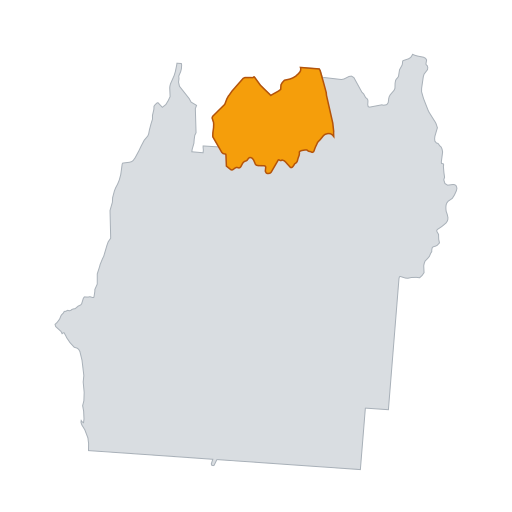 Sudan, with South Kordufan highlighted, rotated 184°
{"feature_id": "SDN-882", "entity_name": "South Kordufan", "entity_type": "State", "adm_level": 1, "iso_a3": "SDN", "parent_name": "Sudan", "parent_adm1": "", "projection": "equal_earth", "projection_center": [29.886, 11.03], "detail": "fine", "context": "in_parent", "style": "filled", "palette": "amber", "viewbox_px": 512, "rotation_deg": 184, "n_neighbors": 0, "source": "natural_earth", "source_scale": "10m", "svg_char_len": 5825}
<svg xmlns="http://www.w3.org/2000/svg" viewBox="0 0 512 512"><g transform="rotate(184 256 256)"><path d="M348.3,442.8L343.9,442.8L343.5,441.4L343.5,437.6L344.0,434.7L345.6,430.1L345.2,427.6L345.4,424.0L344.2,420.0L333.6,408.3L331.5,405.0L325.8,402.1L326.8,398.8L324.4,374.8L325.5,372.1L325.8,367.9L325.8,364.2L327.1,358.1L327.3,355.5L316.0,355.3L315.9,358.0L316.4,360.9L316.4,362.1L300.8,362.2L307.1,371.5L307.4,375.6L307.1,380.8L307.1,384.1L307.5,386.2L309.2,390.4L309.1,391.2L308.7,392.2L297.6,404.7L295.8,410.5L294.3,413.6L291.1,418.7L281.0,432.1L279.3,433.0L271.6,433.5L270.9,433.8L270.3,434.4L269.9,434.3L263.3,426.4L252.2,416.9L244.8,421.9L242.8,423.7L242.8,428.2L241.7,430.6L239.7,433.1L234.2,434.7L231.4,436.1L228.0,438.6L224.7,442.9L224.5,445.2L224.8,447.1L206.1,447.1L204.8,445.5L202.1,438.4L200.2,438.8L183.1,438.0L180.6,438.7L175.7,441.6L173.3,442.1L170.8,440.8L161.8,426.8L159.9,425.2L157.8,421.8L155.9,420.4L155.3,419.3L155.1,417.8L155.1,414.8L154.5,412.8L153.1,412.4L141.0,415.6L139.3,415.3L136.7,415.9L135.9,416.4L134.8,418.3L134.6,422.1L134.3,424.0L133.4,426.1L129.9,430.8L129.1,432.9L129.3,438.1L129.0,440.8L128.5,442.0L127.0,444.0L126.4,445.1L125.8,451.8L123.9,455.9L123.4,457.3L123.3,460.2L123.0,461.1L117.5,463.4L115.5,464.9L114.2,467.2L113.9,468.1L111.5,467.3L108.6,466.7L102.8,466.0L100.6,465.0L99.5,463.4L99.9,459.3L99.3,458.4L98.4,457.7L97.8,456.0L97.9,453.9L101.0,449.2L101.6,446.7L102.5,434.9L102.3,431.4L99.9,424.8L94.5,413.4L93.2,411.2L86.4,401.9L85.6,400.5L84.0,396.6L85.9,387.9L86.0,385.6L85.6,383.1L83.9,381.3L82.3,381.0L80.3,378.7L79.0,377.7L77.9,375.7L77.1,372.8L77.7,362.7L77.4,361.3L75.6,361.0L75.2,360.2L75.3,358.3L74.4,352.5L73.4,347.7L74.0,345.1L72.6,341.5L69.8,340.0L64.3,341.1L62.6,340.9L61.5,340.3L60.7,338.9L60.3,337.4L60.7,335.0L62.3,330.7L64.2,327.2L68.2,324.0L69.3,322.3L69.9,320.4L70.0,318.2L69.8,315.9L69.4,313.8L68.2,311.0L67.2,307.7L67.2,305.6L67.7,304.0L68.8,302.1L72.8,298.3L76.8,295.2L77.5,294.2L77.2,292.9L75.4,290.3L74.9,285.4L73.9,281.9L76.0,279.3L77.5,278.4L79.8,277.6L80.8,276.5L81.1,274.4L81.0,272.5L81.9,271.0L83.0,267.8L83.9,266.4L87.0,262.7L87.7,260.3L88.0,258.0L87.2,251.1L89.0,248.1L91.3,245.7L94.5,245.9L99.5,245.4L102.9,244.4L105.3,244.4L110.9,245.7L111.5,245.1L111.8,243.3L113.2,111.9L136.0,111.9L136.3,111.7L137.0,50.2L279.8,50.2L280.9,50.0L283.2,44.3L284.1,43.9L285.6,44.2L286.1,45.5L284.9,50.2L409.5,50.2L409.9,57.2L411.0,62.8L414.7,70.8L417.8,75.1L418.9,77.5L419.0,78.6L418.9,79.7L418.0,78.5L416.4,77.7L416.2,81.4L417.1,89.1L418.5,94.6L417.6,99.6L417.9,108.0L419.6,118.2L419.4,124.7L422.3,139.9L425.0,148.4L426.4,150.5L428.0,151.6L431.0,152.3L435.5,156.6L439.1,161.2L440.4,163.5L442.2,166.1L443.3,165.7L444.0,165.0L445.2,167.1L450.9,171.6L451.7,173.8L449.8,175.8L447.5,179.4L446.4,182.7L445.8,183.8L444.0,185.9L443.7,186.9L442.9,187.5L442.0,187.5L440.1,188.7L438.4,188.3L436.7,189.0L436.1,189.7L434.7,190.4L432.8,190.8L429.9,193.6L427.4,195.0L426.6,196.1L425.3,201.7L424.4,203.2L420.6,203.3L418.8,203.8L416.2,203.2L415.0,203.3L414.7,204.5L414.3,209.3L414.4,211.4L412.4,216.9L413.1,227.1L411.2,234.8L410.9,236.6L408.9,242.7L407.9,245.0L405.4,256.4L404.4,259.9L402.2,263.6L404.8,291.2L403.0,299.6L403.1,304.2L401.8,311.0L400.8,314.2L399.1,318.0L397.7,322.2L396.6,327.8L395.9,338.4L395.4,339.4L388.7,340.7L386.6,341.5L385.2,342.7L383.5,345.4L380.1,352.9L378.3,357.5L375.6,363.7L372.3,368.2L371.6,370.3L371.1,374.4L369.9,380.7L368.8,385.3L369.1,388.9L368.1,395.2L368.2,398.3L367.1,400.0L365.5,401.7L364.5,402.1L359.8,397.8L356.5,400.8L354.4,404.9L352.8,409.0L353.8,417.8L353.7,419.7L353.3,421.8L350.2,430.4L349.3,434.3L348.4,441.2L348.3,442.8Z" fill="#d9dde1" stroke="#a8b0b8" stroke-width="1"/><path d="M301.0,362.4L307.2,371.6L307.3,371.8L307.4,372.3L307.5,372.6L307.6,375.9L307.3,381.0L307.4,384.3L307.7,386.4L309.4,390.6L309.3,391.4L308.9,392.4L303.4,398.7L297.9,404.9L297.6,405.5L296.0,410.8L294.6,413.8L293.9,414.7L291.4,418.9L286.3,425.6L281.2,432.3L279.6,433.2L274.5,433.6L271.9,433.7L271.6,433.8L271.1,434.0L270.8,434.4L270.5,434.6L270.2,434.5L269.8,434.1L263.5,426.6L258.0,421.9L252.4,417.2L251.4,418.0L245.1,422.1L243.8,423.2L243.0,423.9L243.0,428.5L241.9,430.8L239.9,433.3L234.5,434.9L231.6,436.3L228.7,438.3L228.3,438.9L226.5,440.7L225.0,442.7L224.5,443.9L224.4,445.3L224.5,446.4L224.8,447.2L215.4,447.1L206.0,447.0L204.9,445.3L202.5,438.6L200.8,433.9L197.3,423.8L196.9,421.2L188.7,394.0L187.2,385.7L187.2,384.2L186.8,380.6L188.2,382.1L190.3,383.2L192.7,383.2L194.2,382.7L195.5,382.2L196.7,381.2L197.6,380.1L198.6,378.6L200.2,376.4L201.5,374.9L202.5,373.6L203.3,371.4L204.3,368.9L205.0,366.6L205.3,365.4L205.8,364.1L206.7,363.4L207.6,363.4L208.9,363.9L210.6,364.1L211.7,364.6L212.6,365.3L213.6,365.3L214.9,365.1L217.7,364.4L219.1,363.8L219.9,363.1L220.0,362.1L219.8,361.1L220.0,359.4L220.9,356.3L221.4,353.6L222.1,352.1L222.9,351.4L223.9,350.6L224.7,348.9L225.8,347.3L226.5,346.8L227.3,346.6L228.1,347.0L229.7,348.6L231.3,350.1L232.8,351.6L234.4,352.9L236.7,353.6L237.3,353.1L238.0,352.9L238.6,353.0L239.0,353.2L239.5,353.4L239.9,353.5L240.4,353.5L246.7,340.7L247.5,339.8L248.4,339.4L249.3,339.2L250.2,339.1L250.9,339.2L251.3,339.4L251.5,339.5L251.9,340.0L252.3,340.7L252.5,341.0L252.6,341.4L252.6,341.9L252.5,345.1L252.5,345.5L252.8,345.9L253.3,346.4L254.0,346.6L260.1,346.3L261.9,346.6L262.5,347.0L263.0,347.5L265.0,351.4L265.7,352.3L266.6,353.2L267.4,353.6L268.0,353.8L268.6,353.8L269.3,353.7L269.9,353.3L270.4,352.7L271.4,351.2L271.6,350.8L271.9,350.6L272.3,350.3L273.7,349.7L274.5,349.2L275.2,348.4L275.8,347.6L277.1,344.6L277.6,343.7L278.3,343.0L279.0,342.7L279.6,342.7L280.9,343.0L281.4,343.0L281.9,342.9L282.7,342.5L285.3,340.4L286.0,340.2L286.6,340.2L287.2,340.4L291.8,343.6L293.0,354.4L293.1,354.9L293.3,355.4L293.6,355.5L293.9,355.6L296.0,355.9L297.4,357.0L301.0,362.4Z" fill="#f59e0b" stroke="#b45309" stroke-width="1.5"/></g></svg>